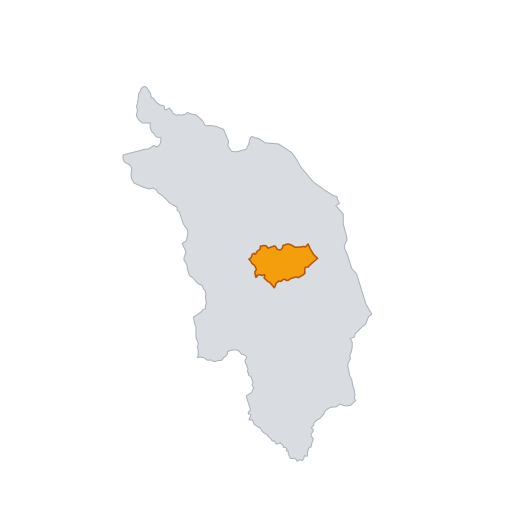 Mongolia, with Övörhangay highlighted, rotated 242°
{"feature_id": "MNG-3327", "entity_name": "Övörhangay", "entity_type": "Province", "adm_level": 1, "iso_a3": "MNG", "parent_name": "Mongolia", "parent_adm1": "", "projection": "albers", "projection_center": [102.848, 45.744], "detail": "fine", "context": "in_parent", "style": "filled", "palette": "amber", "viewbox_px": 512, "rotation_deg": 242, "n_neighbors": 0, "source": "natural_earth", "source_scale": "10m", "svg_char_len": 6368}
<svg xmlns="http://www.w3.org/2000/svg" viewBox="0 0 512 512"><g transform="rotate(242 256 256)"><path d="M55.5,195.9L57.0,196.1L59.5,194.8L60.2,192.6L61.1,191.4L66.5,191.7L68.8,192.9L69.4,191.5L69.9,191.3L71.0,192.8L72.3,192.5L73.3,192.0L74.3,190.4L76.1,191.0L79.6,189.6L80.0,186.1L81.4,185.5L84.3,185.3L84.9,183.7L85.5,183.4L87.6,183.3L91.4,182.0L93.1,182.1L94.6,180.8L98.0,179.2L102.8,178.9L103.3,178.0L108.0,175.4L112.7,175.9L114.3,173.3L115.0,173.1L117.8,176.8L119.2,176.5L119.8,175.3L121.7,175.6L122.3,178.0L123.3,179.1L136.9,181.5L137.2,182.4L137.4,187.9L139.7,190.7L140.2,191.9L144.0,192.0L146.0,194.2L149.3,194.4L150.9,195.1L154.3,193.5L155.1,193.6L156.0,194.6L157.7,194.1L160.5,196.1L162.9,196.0L163.9,196.8L165.4,196.3L168.6,197.1L171.1,200.2L173.0,200.1L175.3,198.3L176.0,197.1L179.3,196.6L181.2,195.5L182.4,194.4L184.4,190.2L185.0,185.9L183.5,185.2L182.2,183.7L181.5,181.3L181.5,179.7L180.1,177.2L180.3,175.9L181.4,173.8L182.0,170.4L183.2,168.6L185.4,167.7L185.7,166.3L187.2,163.8L190.6,162.4L192.7,159.6L193.9,156.7L195.4,158.3L199.7,160.6L203.3,161.7L205.6,164.0L212.0,164.7L222.6,170.1L224.8,169.9L231.2,172.1L231.7,172.8L231.6,176.7L232.1,177.8L232.4,181.9L233.6,184.0L233.2,186.5L233.8,187.3L235.4,187.6L237.9,190.2L243.7,192.1L245.4,193.7L249.4,194.9L251.5,194.1L254.8,194.5L256.0,194.2L258.1,192.2L259.4,191.6L267.0,189.8L269.0,188.4L270.4,188.1L276.4,189.2L280.6,190.9L286.5,190.5L289.4,192.6L290.7,194.6L293.1,196.3L301.5,196.5L301.9,197.0L302.0,201.3L302.4,202.0L308.1,206.5L310.8,207.7L318.4,206.9L330.5,208.9L333.2,207.8L335.8,209.1L336.8,208.9L344.1,204.1L345.2,204.2L353.0,201.8L357.8,199.2L361.6,198.9L364.4,196.8L365.3,193.2L369.7,188.7L377.7,182.5L383.2,182.5L386.5,183.8L390.3,186.8L392.3,187.5L395.9,187.2L400.5,184.0L403.2,184.1L405.7,184.8L407.6,186.3L402.9,205.9L402.9,207.0L401.0,211.2L401.6,217.4L398.7,220.1L399.7,223.5L400.6,224.6L404.7,227.6L405.8,226.9L406.6,225.3L408.4,223.7L411.9,223.4L414.9,222.3L419.0,222.8L423.0,225.0L427.0,217.9L431.6,216.2L436.1,216.2L440.2,219.7L444.6,220.8L446.1,223.0L447.9,223.6L448.5,224.7L454.4,228.5L456.0,231.4L457.9,233.3L458.3,235.6L458.2,236.8L456.4,238.5L449.4,239.3L444.9,237.9L443.7,239.5L438.3,240.1L435.5,241.6L433.6,242.8L432.7,244.6L431.8,245.1L430.9,245.2L429.1,244.3L427.7,244.6L427.4,244.9L427.2,249.0L422.6,249.8L421.0,249.6L417.5,252.1L417.2,253.7L415.5,256.1L414.3,260.3L414.9,262.0L414.6,263.1L411.5,265.8L408.7,269.4L402.1,271.8L399.0,272.5L396.5,272.1L394.3,273.0L392.9,276.7L389.1,281.7L383.1,286.8L371.1,285.7L369.6,285.3L366.8,282.9L360.0,283.6L358.3,285.6L356.9,288.5L354.9,297.4L358.1,302.0L361.6,304.9L363.2,307.0L363.4,308.9L361.3,310.0L358.6,313.5L351.6,317.2L344.3,328.6L330.2,336.2L321.2,337.3L314.0,337.2L294.6,341.3L282.3,347.4L273.0,352.6L271.0,354.9L270.0,355.3L268.3,354.5L263.2,354.3L263.1,350.2L252.1,352.7L243.1,348.0L230.2,345.1L227.7,344.0L223.4,338.6L221.1,337.8L215.5,337.5L200.2,334.7L193.0,336.4L161.9,330.5L150.5,331.0L150.1,330.4L149.6,326.9L144.7,321.3L144.1,319.9L144.1,317.9L140.7,306.8L138.2,305.0L138.9,300.5L134.9,300.5L130.5,298.3L126.2,294.7L124.2,292.1L121.1,291.2L117.6,286.5L115.8,285.4L106.4,282.6L101.5,282.4L96.5,280.6L90.6,279.7L88.8,278.5L87.1,278.4L84.0,276.0L81.6,276.1L79.7,269.5L81.0,265.8L82.4,263.7L85.6,260.7L85.7,259.4L85.1,256.1L87.4,250.9L87.4,247.4L86.5,243.3L84.7,242.1L82.7,236.4L82.4,232.2L81.7,229.2L79.1,227.1L78.6,224.5L77.7,224.2L77.0,224.9L75.3,224.9L73.8,223.1L73.1,221.2L72.2,220.5L70.3,220.3L68.5,220.8L66.7,220.1L65.4,218.2L61.6,215.0L61.8,213.2L61.4,211.9L60.2,211.3L59.2,209.8L55.4,207.5L55.5,206.6L56.9,204.9L54.4,202.8L53.7,200.9L55.6,199.0L55.3,197.4L55.5,195.9Z" fill="#d9dde1" stroke="#a8b0b8" stroke-width="1"/><path d="M256.5,248.2L256.5,248.8L256.5,249.3L256.8,250.4L257.0,251.0L257.1,251.3L257.6,251.8L258.4,252.5L258.9,253.0L259.1,253.3L259.2,253.5L259.3,253.8L259.3,254.3L259.3,254.7L259.2,255.6L258.9,255.6L258.6,255.7L258.3,256.0L257.8,256.6L258.3,257.2L258.7,257.8L259.0,258.1L259.2,258.7L259.6,259.2L259.7,259.6L259.8,259.9L259.9,260.2L259.9,262.1L260.0,262.4L260.1,262.6L260.2,262.8L260.4,263.0L262.1,264.1L262.7,264.6L262.0,265.4L262.0,265.7L261.9,266.1L261.9,267.0L261.8,267.5L261.0,268.5L260.9,268.9L260.7,269.2L260.4,269.6L259.6,269.9L257.9,270.1L257.5,270.2L257.3,270.3L257.2,270.6L257.1,270.8L257.1,272.1L257.0,272.3L256.5,275.1L256.5,276.4L255.8,277.5L252.9,277.9L252.0,278.0L251.7,278.2L251.4,278.4L250.6,279.2L250.2,279.9L250.0,280.2L250.0,280.6L250.0,280.9L250.0,281.4L250.1,281.8L250.3,282.2L250.5,282.7L251.1,283.4L252.5,284.8L252.7,285.3L252.4,286.0L252.2,286.4L252.1,286.8L252.2,288.0L252.1,288.3L252.0,288.7L251.1,290.5L250.8,290.9L250.4,291.3L248.1,293.1L245.4,294.6L245.0,295.3L242.7,300.4L242.5,301.0L242.3,301.9L242.1,302.4L241.9,302.7L241.2,303.3L241.0,303.8L241.0,304.5L241.9,306.8L242.0,307.3L242.0,307.6L236.9,307.2L230.1,307.6L226.2,308.9L225.1,309.3L223.0,300.4L222.7,299.3L222.1,297.9L221.9,297.5L221.8,297.1L221.9,296.9L221.9,296.6L222.5,295.4L222.8,294.3L222.6,293.8L221.4,293.0L220.9,292.5L220.0,292.0L218.4,291.4L218.0,291.2L217.8,290.9L217.6,290.5L217.5,290.1L217.3,289.3L217.2,288.5L217.1,286.5L217.1,286.2L217.1,285.4L217.1,285.0L216.9,284.0L216.9,283.6L217.0,283.3L217.2,283.1L217.9,282.4L218.6,281.5L219.1,280.4L219.1,279.9L219.1,278.9L219.7,276.9L219.7,276.1L219.7,275.5L219.5,274.5L219.5,272.9L219.6,272.5L219.8,272.0L220.0,271.6L220.3,271.3L220.5,271.1L221.2,270.8L221.6,270.6L222.0,270.4L222.2,270.0L222.3,269.8L222.4,269.5L222.4,268.7L222.3,267.7L222.2,267.3L222.1,267.0L221.9,266.8L221.7,266.4L222.0,265.9L223.1,264.5L223.2,264.1L223.1,263.9L223.0,263.6L222.9,263.3L222.8,262.9L222.7,261.4L221.5,259.9L220.1,258.4L219.9,258.2L219.5,257.2L226.4,255.7L227.0,255.3L227.4,254.9L228.3,254.3L231.0,253.5L232.5,252.9L232.9,252.9L233.2,253.0L233.5,253.3L234.0,254.1L234.2,254.4L234.6,254.7L234.9,254.7L235.6,254.5L235.8,253.4L235.9,252.5L236.0,252.1L236.1,251.8L237.1,251.2L237.7,250.3L238.4,248.6L238.5,248.0L238.3,247.8L238.0,247.7L237.7,247.6L237.5,247.3L237.3,247.0L237.2,246.7L237.2,246.3L237.3,246.0L237.5,245.8L237.8,245.9L238.0,245.9L239.0,246.5L239.7,246.5L240.1,246.5L242.2,247.4L242.6,247.7L242.9,248.1L243.6,249.7L243.8,249.9L244.3,250.1L246.6,250.3L248.6,250.2L249.2,250.1L250.5,249.2L251.5,249.0L251.9,248.9L252.2,248.9L252.6,249.0L252.9,249.0L254.0,248.9L255.6,248.5L256.5,248.2Z" fill="#f59e0b" stroke="#b45309" stroke-width="1.5"/></g></svg>